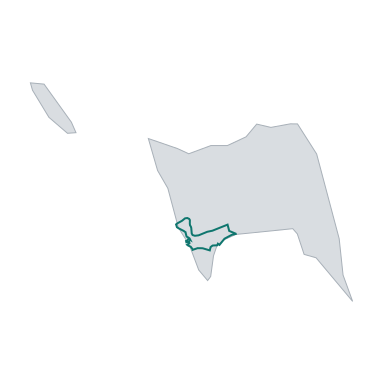 San Juan-Laventille highlighted on a map of Trinidad and Tobago, rotated 257°
{"feature_id": "TTO-56", "entity_name": "San Juan-Laventille", "entity_type": "Region", "adm_level": 1, "iso_a3": "TTO", "parent_name": "Trinidad and Tobago", "parent_adm1": "", "projection": "orthographic", "projection_center": [-61.431, 10.671], "detail": "fine", "context": "in_parent", "style": "outline", "palette": "teal", "viewbox_px": 384, "rotation_deg": 257, "n_neighbors": 0, "source": "natural_earth", "source_scale": "10m", "svg_char_len": 1371}
<svg xmlns="http://www.w3.org/2000/svg" viewBox="0 0 384 384"><g transform="rotate(257 192 192)"><path d="M234.6,310.1L201.0,322.0L113.4,324.9L77.1,320.5L49.3,323.9L100.0,298.1L106.0,287.2L127.5,285.2L133.6,281.9L140.8,225.0L138.0,211.4L133.7,204.0L125.0,198.6L105.5,191.2L102.2,187.3L114.5,181.0L140.8,177.5L160.4,170.7L201.0,169.3L220.7,163.3L253.9,161.5L237.6,187.6L230.0,197.4L233.0,220.9L229.3,236.9L233.6,257.1L243.6,270.3L237.2,283.4L236.3,303.1L234.6,310.1ZM287.1,90.2L275.9,92.3L277.2,83.9L296.9,69.4L327.0,59.5L334.7,59.1L330.4,72.1L287.1,90.2Z" fill="#d9dde1" stroke="#a8b0b8" stroke-width="1"/><path d="M135.5,179.6L136.4,179.6L139.0,178.4L140.6,176.3L141.7,175.4L142.7,178.0L144.3,178.0L144.3,177.3L144.3,175.2L145.6,175.2L145.7,176.2L146.0,176.8L146.5,177.2L147.1,178.0L145.6,179.6L147.3,179.2L148.5,178.2L149.3,177.2L149.8,176.7L153.8,176.6L154.2,176.7L155.9,175.2L159.8,170.6L161.1,169.4L164.0,169.2L164.7,170.5L166.2,175.8L167.9,179.3L167.7,181.6L166.4,183.2L165.1,183.6L161.5,182.7L160.0,182.6L158.5,183.1L157.2,183.2L151.6,182.4L149.9,182.9L148.7,185.0L148.3,188.7L149.8,197.9L149.7,203.2L152.2,219.3L145.7,219.5L141.6,225.2L141.3,225.2L141.3,221.0L139.2,213.2L134.3,206.9L135.8,205.6L134.4,204.6L135.2,200.2L134.9,199.3L134.1,197.7L131.1,196.2L134.8,189.7L136.0,184.9L135.6,180.5L135.5,179.6Z" fill="none" stroke="#0f766e" stroke-width="2"/></g></svg>